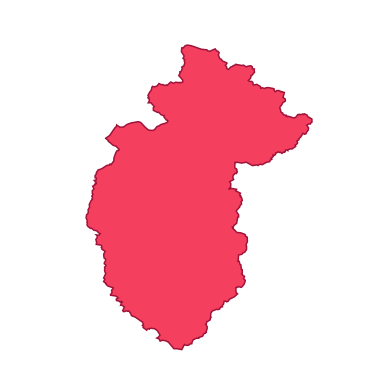 Pyay, Bago, Myanmar (Mercator projection), rotated 130°
{"feature_id": "60261553B730883612766", "entity_name": "Pyay", "entity_type": "district", "adm_level": 2, "iso_a3": "MMR", "parent_name": "Myanmar", "parent_adm1": "Bago", "projection": "mercator", "projection_center": [95.274, 18.774], "detail": "fine", "context": "isolated", "style": "filled", "palette": "rose", "viewbox_px": 384, "rotation_deg": 130, "n_neighbors": 0, "source": "geoboundaries", "source_scale": "gbopen_adm2", "svg_char_len": 5993}
<svg xmlns="http://www.w3.org/2000/svg" viewBox="0 0 384 384"><g transform="rotate(130 192 192)"><path d="M189.1,292.8L190.2,292.1L192.6,292.3L201.5,291.4L206.2,292.6L206.5,293.2L206.3,290.3L206.3,289.2L206.9,288.9L206.9,282.5L205.8,279.7L206.2,275.1L207.3,274.9L208.4,276.0L210.6,275.7L216.1,273.7L218.4,271.9L223.2,271.6L223.2,272.8L224.7,272.9L226.5,274.4L232.5,276.2L235.4,278.1L238.5,277.8L239.1,277.1L241.9,276.7L243.3,275.4L242.8,275.1L243.1,274.0L244.4,273.1L245.8,274.2L245.7,273.5L246.5,272.9L246.1,271.4L246.6,271.1L248.1,271.4L247.8,270.8L249.1,270.9L251.4,271.8L252.6,269.1L255.2,269.2L257.3,267.3L257.4,266.3L259.6,266.1L260.1,264.7L261.8,264.0L261.9,263.5L263.3,263.8L267.6,262.7L269.5,260.7L272.2,260.3L274.3,258.4L276.0,257.8L277.1,258.2L279.9,256.5L281.5,253.4L282.7,253.1L283.2,252.1L284.5,251.4L285.2,250.2L285.2,246.4L284.2,245.4L284.4,242.8L283.0,240.1L283.3,237.0L282.9,235.5L284.9,235.5L286.4,237.8L286.5,236.6L287.8,235.3L290.1,235.2L292.0,232.6L293.7,231.7L291.4,227.9L291.2,226.8L292.0,225.9L293.0,225.7L292.9,224.9L293.8,224.1L293.2,220.5L296.6,219.6L299.1,216.9L299.0,215.0L300.1,214.1L302.8,213.6L303.4,213.0L303.2,211.5L304.0,210.5L305.8,210.7L306.6,209.5L307.6,209.2L309.2,207.4L309.6,205.8L314.7,204.4L314.8,202.6L317.4,202.2L317.5,200.7L317.1,200.1L317.6,199.4L317.3,198.7L318.0,198.3L318.1,196.0L316.0,190.7L316.7,190.3L318.9,190.5L320.5,188.6L323.0,188.5L323.4,188.0L320.6,183.4L320.5,181.0L320.7,180.5L322.7,181.2L323.7,180.1L322.7,178.3L322.4,176.0L321.1,175.9L321.0,175.1L321.1,174.7L321.8,175.0L324.6,173.9L323.8,173.3L323.6,169.9L327.5,168.8L327.6,167.6L326.9,166.7L325.4,166.2L324.7,164.5L323.7,163.7L324.9,159.8L325.4,159.5L325.5,158.1L324.4,155.5L323.5,146.1L324.6,144.2L326.1,144.3L326.0,142.7L327.1,142.5L327.2,141.9L327.0,137.9L326.2,138.2L324.6,137.4L324.5,136.5L323.5,136.5L322.6,135.7L320.7,132.6L320.5,129.5L322.1,124.5L325.0,124.5L326.5,125.1L325.7,122.6L326.7,120.6L324.6,119.4L322.9,116.6L322.2,113.5L323.7,105.1L321.8,102.9L319.3,98.5L313.7,99.8L313.7,98.9L312.3,96.7L311.2,96.0L310.0,96.0L308.3,94.6L307.2,95.4L304.5,96.1L301.2,94.6L299.7,92.8L299.1,93.3L295.8,91.2L292.6,91.8L291.7,91.0L290.3,90.8L290.0,91.3L286.9,92.6L285.3,93.9L284.6,96.4L284.0,96.1L282.2,97.2L278.2,95.9L277.1,96.8L275.7,96.8L275.5,97.7L272.7,99.7L270.0,99.9L266.0,97.7L265.3,96.4L263.8,95.6L262.1,96.2L260.4,94.9L259.1,95.9L257.7,95.7L255.1,97.2L253.8,95.8L253.9,94.9L252.7,94.1L249.9,94.3L245.1,92.2L240.7,91.6L240.7,93.6L237.3,96.8L236.4,96.8L236.3,96.2L234.4,95.3L233.6,93.2L232.8,92.8L229.7,92.7L226.9,93.6L225.4,94.4L225.2,96.8L222.9,97.5L223.1,100.2L222.4,100.9L222.7,101.3L221.1,101.9L219.2,103.6L219.4,104.7L216.4,107.7L216.7,108.5L214.8,111.4L215.5,112.4L214.6,112.6L210.4,115.8L207.7,113.8L205.6,113.7L204.3,112.9L201.1,113.2L198.5,115.3L197.9,116.6L194.3,117.7L191.1,120.7L191.5,122.6L190.5,123.4L190.6,124.8L192.1,128.8L193.9,131.2L194.1,132.3L193.6,135.4L193.8,136.9L193.2,138.1L193.0,137.3L192.1,138.1L190.6,138.3L187.3,137.7L181.9,140.8L181.2,140.2L179.6,141.5L178.3,145.6L177.6,146.0L172.7,145.8L172.3,146.4L169.2,146.4L168.1,148.0L166.2,148.0L164.8,149.8L164.2,151.1L164.6,151.9L163.9,152.7L163.6,152.5L163.3,153.9L161.8,154.1L163.0,159.4L161.3,159.6L163.7,163.8L165.9,165.5L165.2,165.8L163.9,165.3L163.7,165.8L163.2,165.7L160.6,167.7L160.0,169.8L155.7,168.1L154.4,170.4L152.3,171.1L149.8,170.9L149.4,169.9L147.3,170.3L147.0,171.4L146.1,171.8L145.7,173.1L146.0,174.3L145.5,175.2L141.7,178.1L141.2,177.1L140.2,176.6L137.9,172.5L134.3,169.6L132.9,162.6L129.5,159.7L129.3,158.5L126.9,157.7L126.0,155.8L121.1,153.9L118.9,152.0L117.3,152.5L115.8,151.9L115.7,152.9L115.0,153.2L114.0,152.5L111.6,152.9L111.8,154.5L111.1,152.5L109.7,152.1L108.4,152.9L108.3,152.5L106.0,152.0L105.7,150.6L104.7,149.9L104.7,148.0L103.1,147.7L102.4,146.8L101.6,147.1L101.2,146.5L99.7,147.2L98.8,146.2L98.7,145.2L98.0,145.7L95.8,144.4L94.7,143.0L90.3,141.9L89.6,143.1L87.4,142.4L86.5,142.7L85.5,144.4L83.3,143.7L82.0,144.4L80.4,144.0L75.7,144.7L75.4,142.9L74.2,142.1L72.3,142.7L69.7,142.8L67.9,144.0L67.1,147.0L64.9,146.3L63.8,145.0L62.8,145.4L61.4,145.0L59.0,147.1L59.8,151.6L59.1,153.6L60.0,156.3L60.9,156.3L61.0,157.3L63.3,158.6L63.2,159.4L64.7,160.7L68.1,160.6L69.8,161.5L72.1,166.9L73.1,167.4L72.5,168.9L73.5,169.4L73.3,170.5L73.9,171.4L73.7,173.1L73.3,173.2L73.5,175.4L71.6,177.8L71.4,178.7L69.5,179.5L68.6,179.1L65.1,179.8L62.4,178.9L60.8,180.4L61.1,183.0L56.4,185.2L57.7,188.4L58.1,188.3L58.4,190.6L59.7,192.2L61.8,192.7L61.2,194.8L60.3,195.2L60.5,196.3L62.9,200.6L64.6,202.4L65.7,202.6L67.1,205.3L68.3,206.1L67.2,207.4L67.9,211.6L70.2,213.3L70.5,214.2L69.1,215.5L68.8,217.2L70.3,219.1L70.4,220.5L67.3,220.2L65.1,221.5L64.8,221.1L60.0,221.1L58.5,222.9L57.7,223.3L58.5,224.5L58.4,225.3L57.4,226.2L57.4,228.0L59.7,230.1L61.3,230.9L61.7,234.1L63.0,235.1L66.2,240.7L67.1,240.6L68.8,241.7L69.7,241.6L71.1,242.6L74.7,242.9L75.1,244.7L73.9,245.9L73.6,247.8L71.0,247.9L70.7,248.5L72.1,252.9L71.5,254.7L72.0,256.4L70.2,259.7L67.8,260.8L67.5,262.3L68.0,264.0L67.5,266.3L72.9,268.9L73.8,270.9L73.5,272.0L76.6,276.5L80.3,286.3L82.2,289.7L84.1,291.2L87.5,291.4L88.0,292.5L89.4,291.7L91.4,290.2L92.9,285.4L95.5,284.7L95.2,282.8L96.5,282.3L97.6,280.6L101.1,279.1L101.7,279.9L103.0,280.1L103.4,278.9L106.6,277.9L107.5,277.9L107.8,278.5L109.1,277.4L111.3,277.0L112.2,271.2L113.6,269.8L115.4,270.7L115.6,271.7L116.4,271.9L118.4,275.1L120.6,276.0L121.4,279.0L126.2,279.6L126.4,280.4L128.0,281.4L128.4,283.4L129.6,284.6L130.1,287.0L133.2,286.9L135.8,288.5L136.4,290.1L137.5,290.1L140.3,288.6L142.9,288.6L146.4,287.8L147.1,286.2L148.0,286.4L148.4,285.6L148.1,284.9L149.3,283.4L151.8,282.9L150.1,280.9L150.8,275.8L152.2,275.9L154.3,274.1L153.2,269.5L152.3,268.8L152.7,265.3L151.5,262.2L152.5,261.8L153.4,257.8L152.8,257.1L153.2,255.9L155.4,256.0L160.5,259.3L162.4,259.7L164.3,260.9L168.6,260.8L170.2,261.8L172.5,265.0L172.5,269.2L171.8,275.2L171.9,276.8L173.0,278.7L178.5,283.2L182.0,285.2L186.4,286.3L188.7,289.1L189.1,292.8Z" fill="#f43f5e" stroke="#9f1239" stroke-width="1.5"/></g></svg>